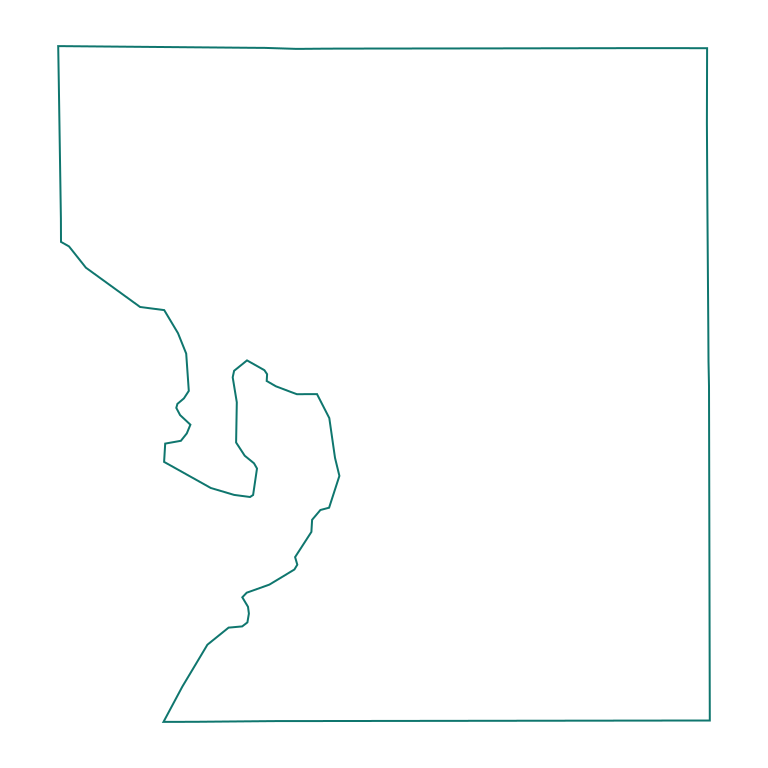 Hillsborough, Florida, United States of America
{"feature_id": "52423323B74651487208839", "entity_name": "Hillsborough", "entity_type": "district", "adm_level": 2, "iso_a3": "USA", "parent_name": "United States of America", "parent_adm1": "Florida", "projection": "robinson", "projection_center": [-82.445, 27.909], "detail": "fine", "context": "isolated", "style": "outline", "palette": "teal", "viewbox_px": 768, "rotation_deg": 0, "n_neighbors": 0, "source": "geoboundaries", "source_scale": "gbopen_adm2", "svg_char_len": 1082}
<svg xmlns="http://www.w3.org/2000/svg" viewBox="0 0 768 768"><path d="M61.0,241.9L69.0,246.4L85.9,267.7L140.1,307.0L164.2,310.1L178.0,333.2L186.2,353.6L188.8,390.9L183.9,398.4L177.4,403.9L176.3,407.9L180.1,415.1L190.4,424.7L186.8,433.4L180.9,440.8L165.2,443.6L164.1,461.9L210.8,488.0L234.1,494.9L250.0,497.0L253.1,495.0L257.0,468.5L254.0,463.3L244.7,455.7L236.1,442.5L236.8,402.3L232.7,377.3L234.1,370.8L247.0,360.4L264.4,370.2L267.1,374.2L266.7,381.0L275.9,386.3L291.2,392.1L296.9,394.2L317.0,394.1L329.3,418.1L335.0,457.8L339.4,475.9L339.3,476.2L329.1,507.7L320.4,510.0L312.1,519.8L311.4,531.9L295.1,557.1L297.3,564.7L294.4,569.5L269.4,584.6L246.7,592.7L242.3,597.3L248.0,606.8L248.9,613.6L247.4,622.4L242.2,626.4L231.3,627.4L228.6,627.6L207.4,644.7L196.3,663.3L182.4,686.5L163.5,721.9L195.7,721.8L195.9,721.8L273.5,721.1L709.8,720.5L709.0,386.0L708.5,361.2L708.3,328.2L707.4,207.0L706.9,122.9L707.1,48.2L653.0,48.1L485.2,48.4L338.7,48.6L320.7,48.7L296.8,48.9L265.1,47.9L251.1,47.8L58.2,46.1L58.8,82.4L60.9,218.4L61.0,241.9Z" fill="none" stroke="#0f766e" stroke-width="2"/></svg>